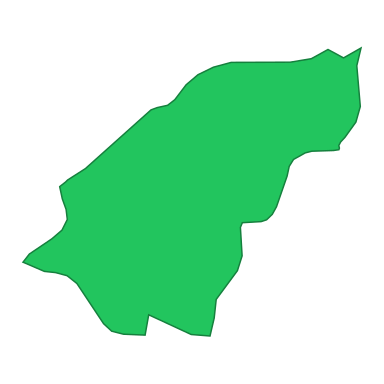 an SVG outline of Lanao del Norte
{"feature_id": "PHL-2573", "entity_name": "Lanao del Norte", "entity_type": "Province", "adm_level": 1, "iso_a3": "PHL", "parent_name": "Philippines", "parent_adm1": "", "projection": "robinson", "projection_center": [123.969, 7.959], "detail": "fine", "context": "isolated", "style": "filled", "palette": "green", "viewbox_px": 384, "rotation_deg": 0, "n_neighbors": 0, "source": "natural_earth", "source_scale": "10m", "svg_char_len": 860}
<svg xmlns="http://www.w3.org/2000/svg" viewBox="0 0 384 384"><path d="M59.7,186.6L65.6,182.0L67.6,180.0L85.4,168.6L151.0,109.9L157.2,107.6L167.6,105.3L174.8,99.7L186.2,84.7L198.0,74.7L213.4,67.2L231.2,62.4L290.2,62.2L311.3,58.7L328.0,49.5L343.5,57.9L361.0,48.0L356.8,65.7L360.3,106.5L355.9,122.1L344.9,137.4L340.7,141.9L338.8,145.5L339.4,148.1L338.9,149.7L333.5,150.5L311.9,151.2L305.2,152.9L293.6,159.4L293.5,159.5L289.2,166.4L287.1,176.1L276.5,206.7L272.3,214.3L266.6,219.8L261.2,221.6L242.3,222.7L242.3,222.8L240.4,227.4L242.1,255.9L237.4,270.7L216.2,299.4L214.2,318.0L210.0,336.0L191.2,334.5L148.7,314.8L145.1,335.1L123.5,334.2L111.7,331.2L103.6,323.7L76.9,283.5L67.1,275.7L55.6,272.6L44.4,271.4L23.0,262.2L29.4,254.0L51.9,238.8L62.0,230.1L67.3,219.5L66.1,209.4L62.3,198.8L59.7,186.7L59.7,186.6Z" fill="#22c55e" stroke="#15803d" stroke-width="1.5"/></svg>